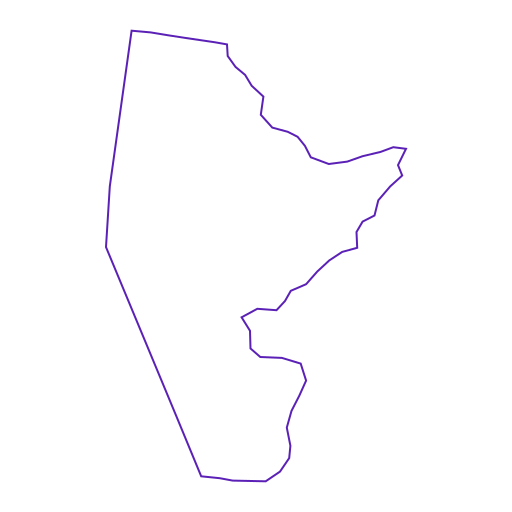 outline of Carrapateira, Paraíba, Brazil
{"feature_id": "56859067B41888191918585", "entity_name": "Carrapateira", "entity_type": "district", "adm_level": 2, "iso_a3": "BRA", "parent_name": "Brazil", "parent_adm1": "Paraíba", "projection": "mercator", "projection_center": [-38.322, -7.048], "detail": "fine", "context": "isolated", "style": "outline", "palette": "violet", "viewbox_px": 512, "rotation_deg": 0, "n_neighbors": 0, "source": "geoboundaries", "source_scale": "gbopen_adm2", "svg_char_len": 847}
<svg xmlns="http://www.w3.org/2000/svg" viewBox="0 0 512 512"><path d="M406.0,148.8L393.3,147.2L380.6,151.9L362.6,156.2L347.3,161.6L328.8,164.0L310.8,157.3L304.9,145.8L297.6,136.8L287.8,131.8L272.3,127.6L260.8,114.8L263.4,96.6L251.7,85.8L245.1,74.9L235.5,66.9L227.7,56.0L227.0,44.4L215.1,42.3L200.8,40.2L185.8,38.0L168.9,35.4L150.6,32.4L131.6,30.7L109.8,186.4L106.0,247.1L176.6,416.8L201.2,476.3L219.8,478.2L232.7,480.6L265.7,481.3L280.0,471.6L289.2,458.1L290.4,445.8L286.8,427.6L291.5,410.9L299.3,395.7L306.1,380.6L300.7,363.6L281.9,357.9L260.3,357.0L250.5,348.5L250.0,330.8L241.6,317.3L257.3,308.8L276.5,310.2L285.0,301.0L290.8,290.8L306.1,284.2L317.3,271.5L329.3,260.4L342.2,251.9L357.2,247.8L356.5,232.0L362.6,221.6L374.5,215.5L378.3,200.3L390.2,186.4L402.2,175.5L398.0,165.1L406.0,148.8Z" fill="none" stroke="#5b21b6" stroke-width="2"/></svg>